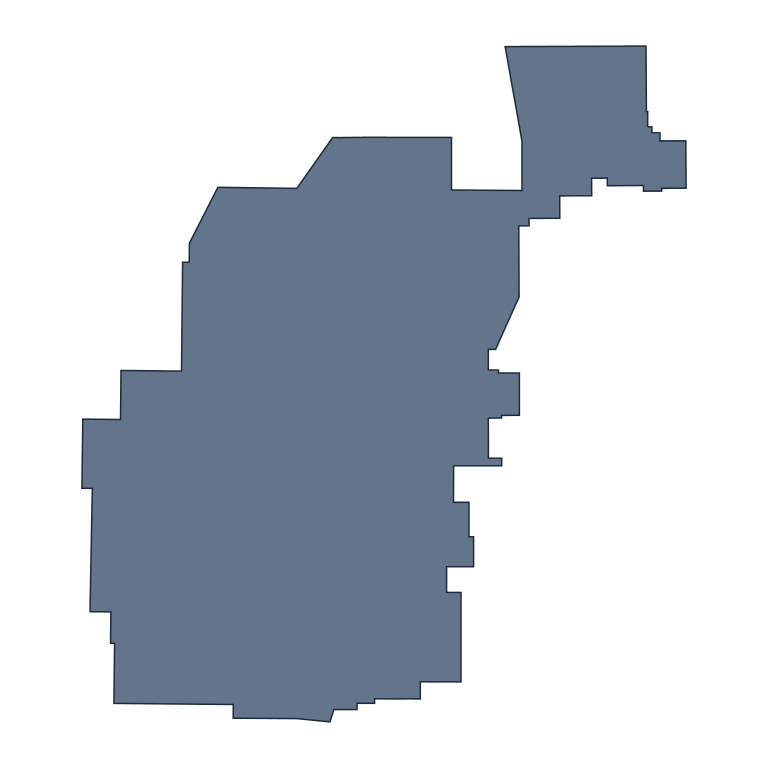 outline of Sandstone, Western Australia, Australia, rotated 180°
{"feature_id": "25037944B59235958721533", "entity_name": "Sandstone", "entity_type": "district", "adm_level": 2, "iso_a3": "AUS", "parent_name": "Australia", "parent_adm1": "Western Australia", "projection": "albers", "projection_center": [118.667, -28.422], "detail": "fine", "context": "isolated", "style": "filled", "palette": "slate", "viewbox_px": 768, "rotation_deg": 180, "n_neighbors": 0, "source": "geoboundaries", "source_scale": "gbopen_adm2", "svg_char_len": 2944}
<svg xmlns="http://www.w3.org/2000/svg" viewBox="0 0 768 768"><g transform="rotate(180 384 384)"><path d="M294.4,201.3L294.4,231.2L299.0,231.2L299.0,265.7L304.9,265.7L314.5,265.7L314.4,290.7L314.4,302.2L266.3,302.2L266.3,309.8L279.6,309.8L279.6,319.1L279.6,327.7L279.6,330.2L279.7,349.9L266.4,350.0L266.4,352.6L248.6,352.7L248.6,360.6L248.6,395.0L269.5,395.0L269.5,398.0L279.7,398.0L279.7,418.6L272.4,418.6L269.6,424.9L268.5,427.4L264.1,437.2L262.1,441.7L259.0,448.5L255.0,457.5L252.5,463.2L250.9,466.5L248.9,471.0L249.0,483.4L249.0,495.8L249.1,511.8L249.1,514.3L249.2,542.1L238.9,542.2L239.0,549.6L208.2,549.7L208.3,572.1L203.5,572.1L196.8,572.2L186.5,572.2L176.3,572.2L176.4,589.8L168.2,589.8L160.7,589.9L160.7,582.3L152.5,582.3L142.2,582.4L134.0,582.4L124.6,582.5L124.5,576.8L118.2,576.9L117.4,576.9L111.8,576.9L106.3,576.9L106.3,579.7L100.0,579.7L93.6,579.8L88.1,579.8L81.9,579.8L82.0,594.2L82.0,600.4L82.1,606.6L82.1,613.7L82.2,627.2L108.0,627.1L108.0,635.2L116.1,635.2L116.1,641.2L120.1,641.2L120.3,641.4L120.3,643.5L120.3,647.6L120.3,649.6L120.3,653.8L120.3,656.5L121.6,656.5L122.0,721.9L125.8,721.9L128.3,721.9L130.8,721.9L134.5,721.9L138.3,721.9L140.8,721.9L144.6,721.8L147.1,721.8L152.1,721.8L155.9,721.8L158.4,721.8L162.2,721.8L164.7,721.8L167.2,721.8L171.0,721.7L173.5,721.7L177.2,721.7L179.8,721.7L183.5,721.7L186.0,721.7L189.8,721.7L192.3,721.7L196.1,721.6L199.9,721.6L202.4,721.6L206.1,721.6L208.7,721.6L213.7,721.6L217.5,721.6L220.0,721.6L225.0,721.5L230.1,721.5L235.1,721.5L240.2,721.5L245.2,721.5L250.3,721.4L254.0,721.4L259.1,721.4L262.9,721.4L261.9,716.2L260.0,705.2L258.2,695.3L257.2,689.5L255.1,677.6L253.3,667.9L251.6,658.2L248.8,642.6L246.3,628.2L246.0,626.9L246.0,601.0L246.0,594.0L246.0,583.4L246.0,577.5L259.8,577.6L316.5,578.0L316.5,612.3L316.5,630.6L319.9,630.6L325.7,630.6L328.1,630.6L330.4,630.6L333.8,630.6L336.2,630.6L337.3,630.6L339.6,630.6L341.9,630.6L345.4,630.6L351.2,630.6L354.7,630.6L357.0,630.6L361.6,630.6L362.8,630.6L365.1,630.6L367.4,630.6L370.9,630.6L375.5,630.6L380.1,630.6L382.5,630.7L387.1,630.7L392.9,630.7L400.1,630.7L405.0,630.7L406.2,630.6L408.6,630.6L413.5,630.6L416.0,630.6L417.2,630.5L418.4,630.5L423.3,630.5L427.0,630.4L435.3,630.5L471.2,579.6L550.1,580.7L578.6,524.8L578.6,519.6L578.8,505.7L585.4,505.8L586.5,396.9L591.5,397.0L597.9,397.0L632.9,397.4L647.0,397.5L647.0,396.8L647.3,366.3L647.5,348.5L685.2,348.9L686.1,279.7L685.9,279.7L681.8,279.7L679.7,279.7L675.6,279.7L675.7,278.5L677.3,193.4L677.9,163.0L677.9,156.3L657.1,156.1L657.5,124.8L653.4,124.7L654.1,64.6L534.7,63.5L534.8,49.8L471.2,49.4L438.0,46.1L435.6,53.8L434.1,58.4L411.0,58.4L410.9,64.7L393.4,64.7L393.4,66.7L393.4,68.6L393.4,69.2L391.3,69.2L379.6,69.1L368.6,69.1L367.4,69.1L366.2,69.1L363.0,69.1L360.8,69.2L357.4,69.2L354.0,69.1L348.3,69.1L347.7,69.1L347.7,86.2L307.0,86.1L307.0,99.7L307.0,105.9L307.0,136.1L307.0,175.6L321.4,175.6L321.4,201.3L294.4,201.3Z" fill="#64748b" stroke="#1e293b" stroke-width="1.5"/></g></svg>